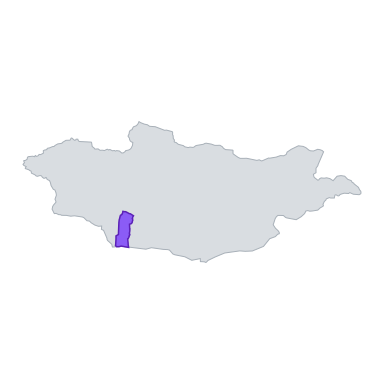 Erdene, Govi-Altay, Mongolia shown in context
{"feature_id": "93677404B39886975300314", "entity_name": "Erdene", "entity_type": "district", "adm_level": 2, "iso_a3": "MNG", "parent_name": "Mongolia", "parent_adm1": "Govi-Altay", "projection": "natural_earth1", "projection_center": [97.682, 44.036], "detail": "fine", "context": "in_parent", "style": "filled", "palette": "violet", "viewbox_px": 384, "rotation_deg": 0, "n_neighbors": 0, "source": "geoboundaries", "source_scale": "gbopen_adm2", "svg_char_len": 5222}
<svg xmlns="http://www.w3.org/2000/svg" viewBox="0 0 384 384"><path d="M23.9,160.5L25.2,160.5L27.1,159.3L27.4,157.6L28.1,156.7L32.6,156.2L34.7,156.7L35.1,155.7L35.4,155.5L36.5,156.4L37.6,156.0L38.3,155.6L39.1,154.4L40.6,154.6L43.4,153.2L43.3,150.7L44.4,150.1L46.8,149.6L47.2,148.5L47.7,148.2L49.5,147.9L52.5,146.6L54.0,146.5L55.1,145.4L57.8,143.9L61.9,143.3L62.3,142.5L66.0,140.3L70.0,140.2L71.1,138.2L71.8,138.0L74.5,140.3L75.7,140.0L76.1,139.2L77.8,139.2L78.4,140.8L79.4,141.5L91.2,142.1L91.6,142.7L92.2,146.5L94.4,148.3L94.9,149.1L98.1,148.9L100.0,150.3L102.8,150.2L104.3,150.6L107.0,149.3L107.7,149.3L108.5,150.0L109.9,149.5L112.5,150.8L114.4,150.5L115.4,151.1L116.6,150.6L119.4,151.0L121.7,153.0L123.3,152.9L125.2,151.5L125.7,150.6L128.4,150.1L130.0,149.3L131.0,148.4L132.5,145.4L132.8,142.4L131.4,141.9L130.2,140.9L129.5,139.3L129.4,138.1L128.1,136.4L128.2,135.6L129.0,134.1L129.4,131.7L130.3,130.3L132.2,129.6L132.3,128.6L133.5,126.8L136.4,125.7L138.1,123.7L139.0,121.6L140.5,122.6L144.3,124.1L147.5,124.8L149.6,126.3L155.2,126.7L164.6,130.3L166.5,130.1L172.1,131.6L172.6,132.1L172.6,134.8L173.1,135.6L173.3,138.5L174.4,140.0L174.2,141.7L174.7,142.2L176.1,142.5L178.3,144.3L183.3,145.6L184.8,146.8L188.2,147.6L189.9,147.1L192.8,147.4L193.8,147.2L195.6,145.8L196.8,145.4L203.2,144.3L205.0,143.4L206.2,143.2L211.3,144.1L214.9,145.4L220.0,145.3L222.4,146.8L223.5,148.3L225.5,149.6L232.6,150.1L233.0,150.4L233.0,153.5L233.3,154.0L238.1,157.4L240.3,158.4L246.8,158.3L256.9,160.4L259.2,159.8L261.4,160.9L262.2,160.8L268.6,158.0L269.5,158.2L276.2,157.1L280.4,155.6L283.7,155.8L286.2,154.5L287.1,152.1L291.2,149.3L298.4,145.8L303.1,146.4L305.8,147.6L308.9,150.1L310.5,150.8L313.5,151.0L317.7,149.3L320.0,149.7L322.1,150.5L323.6,151.8L318.0,164.8L317.9,165.6L316.0,168.3L316.0,172.7L313.4,174.3L313.9,176.8L314.6,177.7L317.8,180.2L318.8,179.9L319.5,178.8L321.1,177.9L324.1,178.2L326.6,177.8L329.9,178.6L333.1,180.7L337.1,176.2L341.0,175.6L344.7,176.2L347.7,179.3L351.2,180.6L352.2,182.4L353.7,183.1L354.1,183.9L358.5,187.4L359.5,189.7L360.8,191.3L361.0,193.0L360.7,193.8L359.1,194.7L353.3,194.2L349.8,192.6L348.6,193.5L344.2,193.2L341.8,193.9L340.1,194.5L339.2,195.6L338.5,195.9L337.7,195.8L336.3,194.9L335.2,194.9L334.9,195.2L334.3,198.0L330.6,198.0L329.3,197.6L326.3,198.9L325.9,200.0L324.3,201.5L323.0,204.3L323.4,205.6L323.0,206.3L320.3,207.8L317.8,210.1L312.3,211.0L309.8,211.2L307.8,210.6L305.9,211.0L304.6,213.6L301.2,216.7L296.2,219.7L286.7,217.9L285.5,217.4L283.4,215.5L277.9,215.4L276.4,216.7L275.2,218.6L273.2,224.8L275.5,228.3L278.1,230.7L279.2,232.3L279.3,233.7L277.6,234.3L275.4,236.6L269.7,238.7L263.5,246.4L252.3,251.0L245.3,251.3L239.7,250.9L224.7,253.0L215.1,257.0L207.9,260.5L206.4,262.2L205.6,262.4L204.3,261.8L200.4,261.6L200.3,258.6L191.8,260.3L184.9,256.8L174.9,254.8L172.9,254.0L169.5,250.1L167.7,249.6L163.4,249.4L151.4,247.7L145.9,249.2L121.5,246.2L112.7,247.1L112.3,246.8L111.8,244.3L107.6,240.5L107.1,239.6L106.9,238.1L103.6,230.4L101.4,229.3L101.7,226.0L98.5,226.3L94.9,225.1L91.2,222.8L89.5,221.1L86.9,220.7L83.8,217.6L82.3,217.0L74.5,215.8L70.7,216.2L66.5,215.4L61.7,215.3L60.2,214.6L58.9,214.7L56.1,213.4L54.3,213.6L52.1,209.2L52.7,206.4L53.7,204.8L55.9,202.3L55.9,201.4L55.0,199.2L56.4,195.2L56.0,192.8L54.9,190.0L53.3,189.3L51.1,185.6L50.4,182.6L49.5,180.6L47.1,179.4L46.4,177.7L45.7,177.5L45.2,178.1L43.8,178.3L42.3,177.2L41.6,176.0L40.7,175.6L39.2,175.7L37.7,176.3L36.2,176.0L34.9,174.8L31.4,173.1L31.3,171.8L30.8,170.9L29.8,170.6L28.7,169.7L25.3,168.6L25.3,168.0L26.2,166.6L23.9,165.5L23.0,164.3L24.5,162.7L23.9,161.6L23.9,160.5Z" fill="#d9dde1" stroke="#a8b0b8" stroke-width="1"/><path d="M133.5,215.8L132.6,215.2L130.4,213.8L128.9,213.5L127.9,212.8L127.4,212.6L127.2,212.6L127.1,212.4L125.7,211.7L124.9,211.7L124.5,211.7L123.8,211.5L122.9,211.3L122.8,211.5L122.8,211.8L122.8,212.0L122.8,212.3L122.7,212.5L122.6,212.8L122.6,213.0L122.5,213.3L122.4,213.4L122.4,213.5L122.3,213.8L122.2,213.8L122.0,214.0L121.9,214.1L121.9,214.3L121.8,214.5L121.7,214.5L121.4,214.8L121.2,214.9L121.0,215.0L120.9,215.0L120.7,215.1L120.6,215.3L120.6,215.5L120.4,215.5L120.3,215.8L120.2,216.0L119.6,218.5L119.2,219.8L118.9,222.4L118.4,234.5L116.0,235.9L116.0,238.8L116.0,239.0L115.7,244.0L115.5,245.6L116.6,246.7L117.9,246.7L119.1,246.7L121.1,246.1L122.2,246.3L123.5,246.5L124.9,246.8L126.9,247.1L128.6,247.4L128.2,244.8L128.1,243.2L128.1,242.9L127.7,239.3L127.7,239.2L127.7,238.9L127.8,238.9L128.0,238.8L128.0,238.7L128.3,238.4L128.4,238.2L128.5,238.0L128.5,237.9L128.6,237.7L128.8,237.4L128.8,237.2L128.9,236.9L129.0,236.9L129.1,236.7L129.2,236.4L129.1,236.2L129.1,235.9L129.3,235.7L129.5,235.5L129.5,235.4L129.6,235.2L129.7,234.9L129.8,234.8L129.8,234.7L129.7,234.7L129.6,234.4L129.5,234.2L129.5,233.9L129.5,233.7L129.4,233.7L129.4,233.4L129.4,233.2L129.5,232.9L129.5,232.7L129.5,232.4L129.6,232.2L129.7,231.9L129.7,231.7L129.7,231.4L129.7,231.1L129.8,230.9L129.8,230.7L129.8,230.4L129.8,230.2L129.9,229.9L129.8,229.7L129.7,229.6L129.7,229.4L129.7,229.2L129.8,229.2L129.9,228.9L129.9,228.7L129.7,228.6L129.5,224.3L129.5,224.2L130.1,224.0L131.2,223.7L132.1,222.7L132.4,221.2L132.8,220.1L132.3,218.5L132.6,218.3L132.6,217.8L132.7,217.0L133.5,215.8Z" fill="#8b5cf6" stroke="#5b21b6" stroke-width="1.5"/></svg>